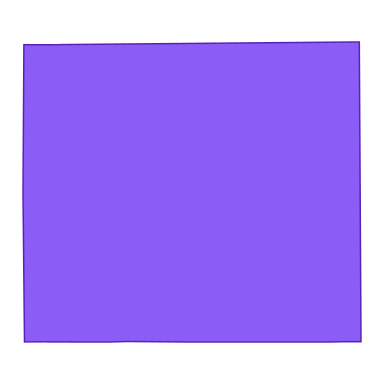 the district of Comanche, Kansas, United States of America
{"feature_id": "52423323B46228321496043", "entity_name": "Comanche", "entity_type": "district", "adm_level": 2, "iso_a3": "USA", "parent_name": "United States of America", "parent_adm1": "Kansas", "projection": "albers", "projection_center": [-99.341, 37.192], "detail": "fine", "context": "isolated", "style": "filled", "palette": "violet", "viewbox_px": 384, "rotation_deg": 0, "n_neighbors": 0, "source": "geoboundaries", "source_scale": "gbopen_adm2", "svg_char_len": 391}
<svg xmlns="http://www.w3.org/2000/svg" viewBox="0 0 384 384"><path d="M77.3,342.0L107.9,342.0L127.6,341.5L188.5,342.0L206.8,342.0L280.6,342.0L283.5,342.0L330.2,342.0L342.9,341.7L361.0,341.7L359.3,42.0L353.0,42.0L59.3,44.6L56.7,44.8L23.9,44.7L23.0,191.9L24.5,341.9L44.8,341.8L47.6,341.9L48.4,341.9L49.9,341.9L59.8,341.9L77.3,342.0Z" fill="#8b5cf6" stroke="#5b21b6" stroke-width="1.5"/></svg>